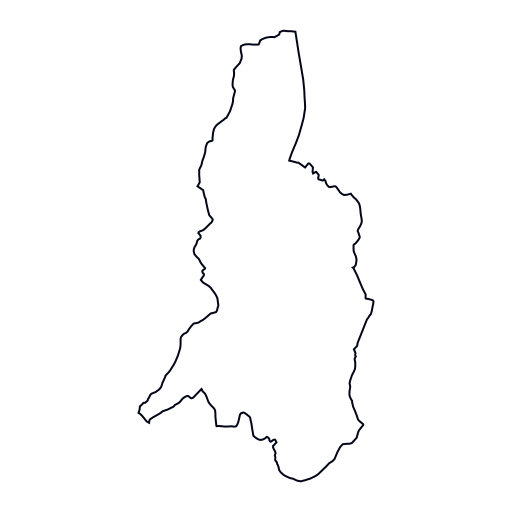 Hoa Binh, Hòa Bình, Vietnam
{"feature_id": "81297802B29311833142389", "entity_name": "Hoa Binh", "entity_type": "district", "adm_level": 2, "iso_a3": "VNM", "parent_name": "Vietnam", "parent_adm1": "Hòa Bình", "projection": "natural_earth1", "projection_center": [105.327, 20.842], "detail": "fine", "context": "isolated", "style": "outline", "palette": "ink", "viewbox_px": 512, "rotation_deg": 0, "n_neighbors": 0, "source": "geoboundaries", "source_scale": "gbopen_adm2", "svg_char_len": 6080}
<svg xmlns="http://www.w3.org/2000/svg" viewBox="0 0 512 512"><path d="M352.3,442.7L352.7,442.1L356.7,437.7L357.8,433.5L358.4,431.6L358.9,430.6L359.5,429.6L363.2,425.1L363.3,424.8L363.2,424.4L363.1,424.2L359.0,420.7L358.0,419.5L356.5,414.7L355.8,413.5L355.6,412.4L353.1,406.6L352.1,402.2L352.1,400.9L350.9,399.0L350.2,397.4L349.6,395.8L349.4,393.9L349.6,390.6L350.1,387.7L350.2,386.3L349.6,383.8L349.6,383.1L350.1,380.8L351.8,375.6L352.8,373.6L353.6,372.1L354.8,369.4L355.1,367.9L355.3,365.2L355.2,361.9L354.7,359.6L354.7,358.7L355.2,357.4L355.8,356.5L355.2,355.3L355.2,354.6L355.5,353.3L355.2,352.3L353.9,349.3L356.5,346.6L357.2,345.7L357.5,343.4L357.9,342.2L367.0,319.3L368.0,318.1L369.4,315.9L370.8,314.2L371.9,310.6L372.6,306.5L373.1,304.5L373.5,301.5L373.4,301.1L373.0,300.5L371.8,299.9L368.6,299.0L366.3,298.7L365.7,298.4L365.6,298.2L365.6,294.8L365.6,294.4L363.0,289.4L361.1,285.1L357.1,275.4L353.5,268.2L352.9,267.6L354.0,267.3L355.6,265.2L356.1,263.1L356.5,260.0L356.4,259.0L355.9,256.4L355.0,254.6L353.7,251.2L353.6,249.9L353.5,245.5L353.8,244.6L355.6,243.3L357.3,241.3L358.9,239.1L359.7,237.6L359.7,236.8L358.6,233.2L357.7,231.2L357.9,230.0L358.5,228.7L360.0,226.4L361.2,223.8L361.7,221.9L361.8,220.3L360.7,213.7L360.2,208.3L359.8,205.9L359.0,203.4L356.7,200.1L356.2,199.7L355.7,198.9L354.7,198.3L353.8,197.4L351.7,195.0L350.8,193.7L347.3,194.7L344.0,195.0L342.2,194.1L340.2,192.5L336.4,187.1L335.4,186.3L334.0,186.3L332.4,186.7L330.2,187.1L329.0,186.9L327.7,185.8L326.2,183.5L325.5,181.1L324.2,179.3L323.0,180.4L322.5,180.5L322.2,180.5L320.2,179.7L319.3,179.6L318.8,179.4L318.3,178.9L318.2,178.4L318.2,177.6L318.6,176.1L318.7,175.0L318.5,174.6L318.0,174.0L316.2,171.9L315.7,171.9L313.1,173.5L312.7,172.5L312.6,171.8L312.9,167.4L312.7,167.0L309.7,163.7L309.3,163.5L308.8,163.4L308.2,163.6L305.1,167.5L298.5,162.7L297.2,162.7L293.8,161.7L289.2,160.6L289.5,159.4L292.0,152.3L295.9,143.1L298.9,135.1L301.8,124.9L303.6,118.1L304.7,111.0L305.1,108.5L305.1,105.8L304.5,96.1L304.3,90.8L303.2,79.5L301.1,67.1L298.5,51.8L295.4,31.7L290.7,31.2L287.7,31.2L283.3,30.7L281.1,31.5L279.8,32.1L279.4,33.9L278.9,34.7L276.0,36.4L274.3,37.2L272.7,37.0L270.2,37.0L266.2,37.6L262.5,39.0L260.1,40.5L259.4,42.8L258.6,44.5L256.9,44.6L253.1,44.6L249.5,44.2L246.4,44.3L244.4,44.6L242.6,45.2L240.9,46.3L240.6,48.1L240.8,51.0L241.8,55.6L241.8,56.5L241.5,58.9L239.7,63.2L235.8,67.4L233.8,69.9L234.1,73.5L234.0,75.8L232.9,80.0L232.6,83.6L232.6,85.5L232.9,87.0L233.8,88.6L234.9,90.3L235.0,91.1L233.1,98.5L233.0,101.5L232.3,104.4L230.5,109.8L229.9,111.5L226.5,117.7L225.0,118.5L223.4,120.0L221.9,121.0L220.0,122.5L217.6,124.3L216.1,125.6L214.1,128.7L213.2,132.1L212.5,138.2L212.6,139.2L212.6,140.2L212.2,140.7L211.2,141.0L209.7,141.3L207.5,142.7L207.1,143.2L205.9,146.4L205.5,148.7L205.2,152.1L204.7,154.0L203.9,156.7L203.3,158.5L202.6,160.0L201.4,165.1L199.2,169.7L199.2,175.3L199.5,179.0L199.7,182.4L197.5,186.3L202.9,190.0L203.2,190.3L203.7,192.9L204.7,196.9L205.8,199.2L206.3,202.8L207.8,209.8L209.2,215.0L209.5,215.5L211.5,217.7L211.8,218.3L212.5,219.1L212.7,219.6L212.6,220.3L211.5,222.4L210.1,223.6L205.5,228.2L203.9,229.6L202.8,230.3L199.8,231.4L198.5,232.4L198.4,233.2L199.7,234.7L200.6,235.8L200.6,237.2L200.5,237.9L199.9,238.7L198.4,239.4L197.4,240.6L196.8,242.7L195.9,245.0L194.6,247.0L193.8,249.2L193.7,250.9L194.0,252.6L194.5,254.3L196.6,256.8L198.8,258.9L199.8,260.7L200.3,262.0L201.6,263.9L203.1,265.8L204.7,267.6L205.1,268.1L205.0,268.6L202.5,270.6L202.3,271.3L202.6,272.7L203.8,273.9L204.0,274.6L203.8,275.2L203.5,276.0L202.5,277.3L200.8,279.9L203.0,282.5L208.6,285.9L210.7,287.8L212.4,290.1L214.8,293.3L216.4,296.0L217.4,298.3L218.3,305.0L218.3,305.8L218.0,306.8L217.7,307.3L217.5,308.5L216.9,310.7L216.0,312.1L212.4,313.1L210.8,313.4L209.6,314.4L205.6,317.9L203.1,319.8L200.4,321.3L199.0,322.3L197.8,322.8L195.6,323.2L195.2,323.2L193.5,323.7L190.8,326.7L188.7,329.6L187.6,331.4L186.2,332.8L183.8,333.9L182.4,335.2L181.0,337.2L180.6,338.6L180.6,343.0L180.5,345.5L180.2,347.8L179.9,349.2L177.9,355.6L175.2,362.0L173.9,364.4L170.1,370.5L168.8,372.2L165.6,375.5L165.5,375.9L165.3,376.6L164.3,378.9L162.4,383.0L161.6,385.7L160.9,387.4L159.1,389.5L155.7,392.0L151.8,393.6L151.0,394.1L150.3,394.9L148.9,397.8L147.9,399.2L147.7,400.4L147.5,400.7L145.1,402.8L143.7,402.8L143.2,403.1L142.0,404.5L139.9,406.4L139.6,409.6L138.5,412.9L140.2,413.9L142.8,416.6L144.8,419.1L146.1,420.8L147.1,421.7L149.1,422.8L149.4,420.6L149.9,419.4L150.4,419.1L152.9,417.4L159.8,413.5L162.8,411.2L164.2,410.8L165.9,410.1L167.3,409.7L173.6,406.6L174.9,405.0L179.0,402.8L179.9,401.9L182.4,398.9L183.2,398.1L184.5,397.2L186.3,396.2L187.7,396.0L188.5,396.2L190.8,398.1L191.4,398.3L192.4,398.0L193.1,397.7L193.8,397.0L201.5,389.0L202.0,389.8L202.2,390.5L202.7,391.4L204.6,393.2L205.3,394.1L206.8,397.4L208.1,401.1L209.1,403.0L211.0,405.3L214.1,408.5L215.0,410.2L215.2,410.7L215.2,411.9L215.4,413.3L215.4,416.4L215.8,420.6L216.4,426.0L216.6,426.2L218.9,426.0L225.5,426.6L231.6,426.3L233.4,426.6L235.1,426.6L236.2,426.2L237.1,424.9L238.2,422.4L240.0,414.6L241.2,413.1L242.2,413.0L242.3,412.8L243.2,412.5L244.0,412.7L245.2,413.3L249.3,416.5L250.1,417.6L251.4,423.5L252.4,430.2L253.4,435.8L255.2,437.4L257.6,439.0L258.8,439.5L260.2,439.9L261.7,439.8L262.8,439.5L264.5,438.7L265.7,437.9L266.7,436.9L267.7,437.3L268.8,438.2L269.2,438.9L269.4,440.2L269.8,441.1L270.6,441.7L271.1,441.6L272.9,440.2L273.4,439.9L273.9,439.7L274.9,439.7L275.2,439.9L275.6,440.4L275.9,441.4L276.5,442.4L276.2,442.8L275.3,443.5L274.6,444.5L274.2,444.9L273.0,445.9L273.1,447.4L273.6,448.8L275.0,451.3L275.6,453.0L274.8,455.5L275.3,457.1L275.2,459.9L275.5,460.7L276.9,462.4L277.0,462.8L277.1,463.8L277.3,464.3L277.7,464.8L278.4,466.6L279.2,470.1L280.8,472.4L283.7,475.0L286.3,476.4L289.5,477.9L291.4,478.4L293.0,478.7L296.5,480.4L297.4,480.7L300.8,481.3L301.6,481.2L302.7,480.8L305.2,480.2L307.5,479.4L309.5,478.9L315.4,476.1L318.3,474.1L326.7,465.9L329.3,463.1L332.0,461.5L333.4,460.3L334.6,458.9L337.4,452.2L340.0,447.3L341.4,445.6L342.8,444.2L346.9,443.8L349.6,443.7L350.8,443.4L352.3,442.7Z" fill="none" stroke="#020617" stroke-width="2"/></svg>